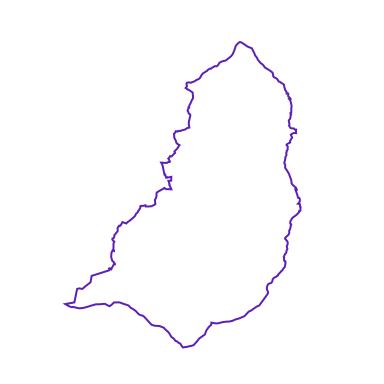 Prundu Bargaului, Bistrita-Nasaud, Romania, rotated 188°
{"feature_id": "2599482B22681076252841", "entity_name": "Prundu Bargaului", "entity_type": "district", "adm_level": 2, "iso_a3": "ROU", "parent_name": "Romania", "parent_adm1": "Bistrita-Nasaud", "projection": "natural_earth1", "projection_center": [24.734, 47.226], "detail": "fine", "context": "isolated", "style": "outline", "palette": "violet", "viewbox_px": 384, "rotation_deg": 188, "n_neighbors": 0, "source": "geoboundaries", "source_scale": "gbopen_adm2", "svg_char_len": 5978}
<svg xmlns="http://www.w3.org/2000/svg" viewBox="0 0 384 384"><g transform="rotate(188 192 192)"><path d="M165.5,347.2L166.8,346.0L168.9,343.1L169.9,337.8L170.9,334.1L172.2,331.9L173.3,330.6L174.6,329.4L176.2,327.5L177.7,326.5L179.0,326.2L181.7,324.7L182.9,323.7L183.7,321.5L185.1,319.9L186.9,319.8L189.4,317.8L190.5,316.7L191.6,316.6L193.2,315.2L194.0,314.0L197.7,311.0L198.1,310.2L198.8,309.3L199.1,308.0L200.3,305.6L201.1,304.8L202.6,303.9L204.3,302.6L205.1,301.8L207.5,300.6L208.4,300.0L209.6,300.1L211.2,299.9L211.8,299.7L212.2,299.4L212.5,299.0L212.6,298.5L212.5,298.1L212.3,297.9L212.2,297.2L211.7,296.2L211.9,295.6L212.8,294.1L212.6,294.0L211.9,293.9L211.5,293.4L210.7,292.8L210.1,293.0L208.4,292.2L205.2,290.6L204.9,289.1L204.3,287.0L204.1,284.6L204.9,283.1L205.9,279.3L206.4,278.3L206.7,276.7L206.6,275.3L207.2,275.3L207.1,274.7L207.7,271.9L207.4,271.4L206.7,270.6L206.4,269.8L206.1,269.3L204.5,268.4L204.3,266.9L204.9,261.1L204.7,259.1L203.6,255.4L205.6,254.7L207.3,253.1L208.7,252.4L210.5,251.7L212.0,250.8L214.1,250.6L214.7,249.8L216.4,250.0L217.1,248.1L218.0,247.0L217.5,245.4L217.2,243.8L216.7,242.6L215.1,240.5L214.4,238.7L213.7,237.9L210.9,236.7L212.6,233.1L215.0,229.7L214.2,228.3L214.9,227.7L216.7,225.0L217.2,224.5L217.5,224.3L218.6,224.5L218.7,224.0L220.1,221.8L219.5,221.4L219.3,220.8L218.1,219.1L218.4,218.6L219.7,218.4L220.6,217.5L222.3,217.1L226.6,216.8L225.3,215.0L224.4,213.2L223.2,209.5L221.6,205.3L220.9,205.5L219.8,202.7L218.6,203.1L218.5,202.8L214.6,204.1L214.2,200.4L215.0,200.1L216.9,199.8L215.8,197.5L215.2,196.6L215.5,195.8L214.2,194.1L212.8,191.8L214.0,191.7L218.2,191.2L220.0,192.2L221.1,191.0L223.0,189.7L226.6,186.8L226.9,186.1L226.9,184.8L226.6,183.9L226.8,181.1L227.4,179.8L227.6,178.8L227.2,177.4L226.9,175.9L226.6,174.7L227.0,174.5L230.0,172.3L233.5,171.5L234.6,171.5L235.8,171.2L236.3,172.4L238.1,171.6L241.0,171.0L241.2,170.4L240.9,170.1L241.2,168.3L241.8,167.5L242.1,166.4L242.7,165.7L243.0,164.2L244.3,162.7L244.7,162.0L244.8,161.1L245.1,160.4L245.5,159.9L245.8,159.3L246.6,158.5L248.7,156.0L249.5,155.1L251.5,153.4L252.7,151.7L256.7,152.5L257.4,150.7L257.5,149.8L258.3,149.2L258.8,148.1L259.6,148.3L260.0,147.7L260.6,146.1L260.6,145.0L260.3,144.3L260.2,142.7L261.0,141.6L262.3,139.3L262.9,138.5L262.7,137.2L263.2,135.3L264.3,134.9L264.3,134.0L263.7,133.1L262.0,132.0L262.6,130.2L262.1,126.8L262.0,125.6L261.8,124.2L261.0,123.1L261.0,122.7L262.5,123.1L262.8,122.3L263.3,120.3L263.0,116.4L262.3,114.8L261.3,112.7L259.2,111.3L259.1,110.8L258.4,110.2L258.3,109.7L259.1,109.7L259.3,109.5L260.9,105.4L261.1,104.3L262.8,105.1L263.5,104.7L263.0,104.0L262.9,103.0L279.7,95.0L279.9,88.5L284.8,83.4L287.0,80.8L290.6,80.8L292.3,79.9L293.1,66.3L301.9,63.4L299.3,62.3L297.5,61.7L295.4,61.2L293.4,61.6L287.4,61.1L285.0,61.7L282.9,62.3L278.6,64.2L276.3,65.3L271.6,67.4L267.7,68.0L263.0,69.1L262.3,69.0L259.3,67.9L257.8,67.4L256.6,68.4L255.2,70.0L254.0,71.7L251.8,72.1L248.4,72.6L244.2,71.7L240.2,71.0L238.9,70.7L236.7,68.9L233.5,67.6L231.3,66.4L227.4,63.3L223.3,62.6L222.0,61.8L213.6,54.9L210.5,54.4L205.3,54.7L200.8,53.6L200.5,53.1L197.7,51.1L196.9,50.7L194.8,48.9L192.8,46.2L191.9,45.4L190.3,44.6L188.9,43.6L187.9,42.4L185.7,41.8L184.4,40.8L182.6,40.3L180.6,37.9L180.1,37.6L179.9,37.2L179.3,36.8L177.8,37.3L175.6,37.9L172.9,39.0L171.0,39.6L168.7,40.9L168.1,42.2L166.5,44.3L164.5,47.9L159.4,52.7L158.9,55.3L158.4,57.2L156.4,60.9L154.5,63.1L154.6,65.3L150.5,65.2L148.6,65.4L143.2,67.5L139.2,68.6L137.9,68.6L133.7,70.2L132.4,71.2L127.5,73.5L122.8,76.3L119.2,81.4L117.2,82.7L115.8,83.9L115.1,84.7L112.1,87.4L109.6,89.0L103.3,100.8L102.7,102.3L102.7,103.2L103.8,105.3L104.5,106.9L104.5,108.5L104.3,109.7L103.9,111.0L103.3,111.8L101.0,112.9L100.5,113.5L100.0,115.0L100.0,116.2L99.8,117.0L99.0,118.3L97.3,119.5L96.6,120.0L96.1,120.7L95.3,121.2L95.2,122.2L92.8,125.6L92.6,126.1L91.7,126.9L90.7,129.2L90.0,130.0L89.8,130.5L89.5,133.3L89.6,135.4L89.9,135.6L90.1,135.9L90.1,136.4L90.6,136.3L91.3,137.3L91.6,138.5L91.5,139.6L92.0,140.1L92.1,140.7L91.0,144.0L90.5,144.5L90.3,144.9L90.2,145.6L90.2,147.1L90.1,147.7L89.6,148.8L89.9,149.7L90.3,150.2L90.6,152.0L90.1,153.1L90.0,153.9L90.3,155.5L90.5,156.0L91.0,156.7L91.7,157.1L92.3,158.0L93.1,158.4L93.3,158.8L93.4,159.3L93.1,159.9L90.6,163.0L90.1,164.3L90.0,165.4L90.4,166.9L90.3,167.4L89.7,168.8L89.6,170.2L89.5,172.4L89.2,173.6L89.3,173.9L90.2,174.3L90.6,176.0L90.4,176.9L90.0,177.9L89.6,179.1L89.0,180.1L88.9,180.5L85.9,183.3L84.1,185.5L83.1,187.2L83.3,187.9L82.1,188.5L82.4,192.2L82.8,192.2L83.6,195.1L85.4,195.1L84.8,196.0L84.1,197.5L84.0,197.9L84.1,198.7L84.1,199.5L84.4,200.3L85.0,201.2L86.1,201.0L87.9,205.0L90.1,209.0L90.1,209.3L89.8,209.3L89.4,208.7L89.1,208.5L88.5,208.7L89.2,210.0L89.7,210.8L92.2,212.3L93.8,213.5L94.6,214.5L95.3,217.5L97.1,220.8L98.6,223.6L101.0,226.6L103.2,229.0L103.3,230.8L103.7,232.4L104.5,233.2L104.7,233.7L104.2,237.9L104.4,239.4L103.8,241.0L103.6,242.2L104.0,243.3L104.1,243.8L104.1,244.2L103.8,245.0L104.0,245.7L103.5,246.6L103.2,247.8L103.5,249.7L103.4,250.1L103.9,250.7L105.0,251.7L104.8,252.3L103.3,253.6L101.9,254.5L101.6,254.9L102.0,255.6L102.0,256.2L100.4,260.0L102.1,262.4L101.4,263.3L99.8,264.4L98.3,264.7L97.2,264.8L97.4,265.4L97.4,266.4L97.6,267.2L97.6,268.3L99.0,268.2L100.0,269.1L100.9,269.0L102.4,268.9L103.4,269.1L105.1,271.2L104.9,272.4L106.1,276.1L105.8,277.0L105.2,277.7L105.1,278.5L104.8,280.1L105.1,282.1L104.7,282.5L105.5,283.9L104.8,284.4L105.1,287.5L105.3,288.1L105.3,291.0L107.0,295.6L107.3,296.1L108.8,297.7L107.5,298.1L108.2,298.8L109.8,300.0L110.2,300.4L110.2,302.0L110.3,302.6L110.7,303.0L111.3,302.7L112.0,302.6L112.5,304.7L113.7,305.6L115.0,308.4L116.0,311.2L117.1,311.8L118.9,312.5L120.4,313.4L121.3,313.4L122.2,314.2L122.6,314.9L122.9,315.3L124.0,316.1L125.1,316.6L126.6,317.0L127.6,317.7L128.0,319.4L128.8,321.4L131.8,323.1L137.5,325.6L137.7,326.1L138.8,327.3L140.3,328.4L142.0,329.2L145.3,332.3L146.6,334.3L148.7,336.2L149.2,337.5L152.7,342.6L157.1,343.7L163.4,346.8L165.5,347.2Z" fill="none" stroke="#5b21b6" stroke-width="2"/></g></svg>